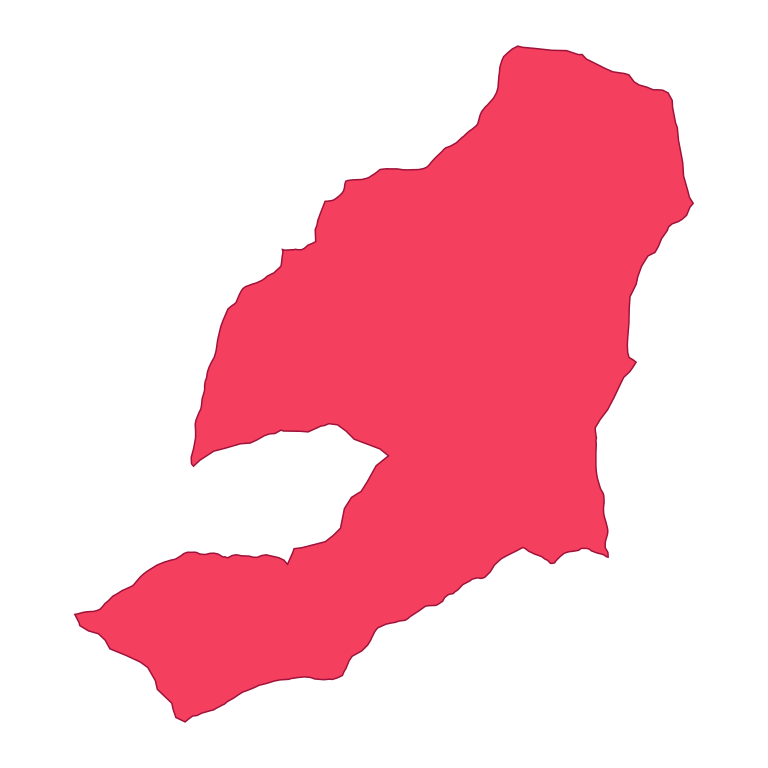 the district of Shapa, Paro, Bhutan
{"feature_id": "84629894B81058268948150", "entity_name": "Shapa", "entity_type": "district", "adm_level": 2, "iso_a3": "BTN", "parent_name": "Bhutan", "parent_adm1": "Paro", "projection": "natural_earth1", "projection_center": [89.46, 27.36], "detail": "fine", "context": "isolated", "style": "filled", "palette": "rose", "viewbox_px": 768, "rotation_deg": 0, "n_neighbors": 0, "source": "geoboundaries", "source_scale": "gbopen_adm2", "svg_char_len": 6075}
<svg xmlns="http://www.w3.org/2000/svg" viewBox="0 0 768 768"><path d="M636.1,362.2L633.5,360.1L629.0,357.4L627.7,352.5L627.3,345.4L627.7,337.9L628.9,323.4L629.2,308.7L630.0,296.7L636.2,284.2L637.8,276.7L641.5,266.4L643.9,262.4L648.0,255.9L655.0,252.4L658.3,246.6L661.6,238.6L667.3,230.5L668.5,227.0L672.2,223.8L678.4,221.6L682.1,219.3L686.6,215.3L689.9,207.3L693.2,203.3L689.5,197.5L687.8,190.9L683.6,176.0L682.7,162.6L681.1,153.8L678.5,140.4L677.3,127.5L675.6,123.1L672.6,107.5L672.2,100.4L668.1,92.9L662.7,90.2L658.6,89.8L653.2,89.8L647.0,87.2L639.2,85.0L634.2,81.9L628.8,74.8L624.3,73.5L612.7,71.8L605.7,68.7L592.5,62.1L586.3,59.0L582.1,54.5L578.4,54.6L566.5,50.6L551.9,50.3L535.5,48.5L522.5,47.3L517.8,46.1L512.2,49.0L507.5,53.0L503.7,56.6L502.0,60.3L500.8,64.0L499.9,67.1L499.4,72.6L498.9,76.1L498.3,83.3L498.1,86.9L497.1,90.9L496.0,93.7L493.8,97.7L492.1,99.8L489.1,103.1L487.4,105.1L485.4,106.9L481.7,111.5L480.1,115.1L479.2,118.4L478.3,121.9L477.6,124.0L476.4,125.6L474.3,127.4L472.0,129.3L469.7,130.8L468.1,132.1L465.6,134.4L463.5,136.5L462.1,137.4L459.0,140.3L456.2,142.9L450.5,146.1L445.9,147.8L444.1,149.1L442.4,151.1L438.3,155.0L434.7,158.5L431.7,161.7L428.9,165.3L426.6,167.3L423.2,168.7L418.3,169.6L412.4,169.7L408.5,169.9L403.2,169.8L397.2,168.9L392.4,168.9L386.4,168.8L383.1,169.1L380.0,169.5L377.0,172.0L374.0,174.2L371.2,175.9L369.2,177.3L366.8,178.3L364.4,178.9L361.8,179.5L356.3,179.7L352.4,179.9L347.7,180.5L345.8,181.2L345.0,183.7L344.7,185.5L344.3,188.3L343.5,191.0L341.8,193.4L339.0,196.1L336.3,198.2L333.3,200.2L330.8,200.7L327.5,201.2L325.1,201.3L321.0,211.8L317.9,220.1L316.9,225.3L315.2,229.6L315.5,236.5L315.7,241.6L312.5,243.3L307.9,245.2L304.2,248.5L301.2,249.8L297.9,249.7L295.2,249.3L293.5,249.8L291.5,249.7L289.9,249.9L287.3,250.0L284.8,250.2L282.4,249.5L283.0,252.1L282.5,254.8L282.2,256.5L281.7,261.4L281.0,266.2L276.5,270.4L274.0,272.8L267.5,276.0L264.1,278.9L261.7,280.5L256.4,282.9L252.4,284.1L248.9,285.4L245.5,286.7L243.0,288.5L241.5,290.6L239.7,293.9L238.4,296.9L237.4,299.2L236.3,302.0L235.1,303.5L231.9,305.7L229.6,307.6L228.0,308.9L223.0,320.5L220.8,326.6L218.8,334.9L217.6,340.3L216.6,347.4L216.0,351.1L214.8,355.5L214.2,357.4L212.2,360.9L210.8,363.5L209.1,367.2L207.8,370.9L207.3,372.8L206.5,378.1L205.5,380.4L205.0,382.8L204.6,385.7L204.7,388.4L204.4,391.0L203.7,393.6L202.2,398.5L201.6,404.4L201.2,407.2L200.7,409.3L199.6,411.3L198.0,415.0L196.0,420.1L195.2,424.0L195.5,429.8L195.6,431.9L195.6,434.8L195.5,438.2L193.7,448.1L191.2,457.5L191.5,463.8L193.5,466.2L199.9,460.2L213.7,451.2L225.9,448.0L240.3,443.8L250.3,443.0L257.0,439.9L264.4,435.7L269.5,433.9L275.0,433.5L281.0,430.1L283.4,431.0L300.6,431.3L308.1,431.9L320.9,426.1L324.5,425.5L328.9,423.7L337.5,424.8L346.1,431.1L354.2,439.2L379.9,448.9L388.5,455.8L376.2,465.7L367.2,481.9L361.0,491.6L359.3,492.5L351.5,497.4L344.4,508.6L340.5,528.2L333.3,535.4L325.3,541.7L301.9,547.7L294.1,548.7L292.8,552.4L287.5,564.3L284.0,560.2L278.8,557.7L266.1,554.8L261.4,555.6L257.3,557.3L253.8,557.3L249.0,556.1L243.7,555.9L242.1,555.9L239.6,555.4L237.4,554.9L235.3,554.9L232.2,555.5L229.5,556.9L227.6,557.8L224.8,556.8L223.0,557.0L220.9,555.7L217.9,554.0L214.2,553.2L210.3,553.3L208.5,553.7L205.4,554.5L201.8,554.3L199.5,553.9L196.9,552.6L194.8,552.2L191.0,552.3L187.2,552.3L183.8,553.6L181.1,555.7L178.9,557.1L175.7,559.0L173.4,559.7L171.3,560.0L163.8,562.3L156.8,565.2L146.6,571.6L143.2,574.3L140.3,577.0L138.1,579.5L133.5,585.0L132.0,586.1L129.5,587.3L122.1,590.6L117.6,593.5L112.8,596.2L108.4,600.7L104.8,603.7L103.0,606.1L100.1,609.2L97.1,610.5L93.7,611.4L89.3,611.6L85.8,611.9L82.6,612.5L77.3,614.0L74.8,614.4L79.1,622.7L79.8,625.6L88.5,630.9L98.5,633.8L105.2,640.2L109.9,648.8L125.8,655.3L140.0,661.9L147.7,667.4L155.3,680.5L157.3,689.3L171.8,703.2L173.2,709.6L175.9,717.5L185.1,721.9L188.5,719.1L192.7,716.0L197.1,715.5L201.8,713.1L210.3,710.7L213.6,709.9L216.0,708.4L222.4,705.0L224.3,704.2L227.2,701.7L234.2,697.7L237.9,695.1L242.8,692.0L246.9,690.6L252.6,688.3L256.9,686.4L258.7,685.4L266.3,683.5L274.4,681.0L279.9,679.9L282.9,679.7L289.0,679.3L290.7,678.6L298.2,677.5L304.4,676.9L310.3,677.4L315.0,679.0L323.9,679.7L329.0,679.2L332.5,679.4L337.3,677.9L342.4,675.5L343.8,672.1L346.0,668.3L346.9,666.1L349.2,660.6L352.2,656.2L358.9,652.5L361.8,650.9L367.7,645.0L370.6,640.3L371.8,637.6L374.4,632.4L375.7,630.3L377.8,627.8L380.7,626.6L382.7,625.6L385.9,624.2L390.8,623.1L394.4,622.5L396.7,621.9L399.1,621.0L405.1,620.3L408.3,618.3L409.8,616.8L419.5,610.5L424.1,607.1L426.0,606.0L428.8,605.7L435.7,605.4L437.6,604.6L442.6,601.3L444.6,597.6L447.9,594.9L449.5,594.2L453.2,593.6L454.8,591.9L457.9,589.8L462.8,584.6L469.9,580.9L472.1,579.2L477.5,577.8L480.7,578.4L482.3,578.2L484.6,577.4L486.1,576.0L490.0,572.1L492.2,568.8L494.2,565.3L498.6,561.1L501.6,558.5L508.5,554.8L516.2,551.0L518.1,550.0L522.8,547.5L524.9,548.3L528.9,551.4L531.0,552.3L534.6,554.1L537.9,555.2L541.8,556.7L544.6,558.9L547.7,560.4L550.5,563.4L552.8,563.3L554.8,562.7L555.6,561.2L560.3,556.4L564.3,553.2L567.6,552.1L569.8,551.6L572.1,551.4L575.3,550.9L578.7,550.3L581.2,548.4L584.4,548.4L586.7,548.4L589.6,549.2L591.1,550.7L596.5,552.8L598.2,553.3L601.8,554.1L603.6,554.8L605.1,555.7L606.4,556.7L608.1,557.2L608.1,555.0L607.9,552.5L606.8,550.4L605.4,548.2L605.2,546.4L605.2,544.6L605.3,542.7L605.6,540.7L606.2,538.7L606.8,536.7L607.4,534.6L607.7,532.6L607.8,530.5L607.5,528.4L607.0,526.3L606.5,524.3L606.0,522.3L605.4,520.3L604.8,518.3L604.2,516.2L603.8,514.2L603.6,512.1L603.5,510.0L603.5,507.9L603.7,505.8L604.0,503.7L604.1,501.6L604.0,499.5L603.9,497.3L603.7,495.3L603.1,493.3L602.1,491.5L601.0,489.7L600.2,487.8L599.6,485.8L599.0,483.8L598.4,481.7L597.8,479.7L597.3,477.7L596.9,475.6L596.6,473.5L596.3,471.5L596.1,469.4L596.0,467.3L595.9,465.2L595.9,463.1L595.9,460.9L595.9,458.8L595.9,456.7L595.9,454.6L595.9,452.5L596.0,450.4L596.1,448.3L596.2,446.2L596.2,444.1L596.1,442.0L595.9,439.9L596.5,438.0L596.1,436.3L595.3,430.1L595.3,427.6L600.4,419.2L607.7,409.6L614.2,397.2L619.2,386.6L623.6,377.5L627.3,374.0L629.9,371.5L632.4,368.0L636.1,362.2Z" fill="#f43f5e" stroke="#9f1239" stroke-width="1.5"/></svg>